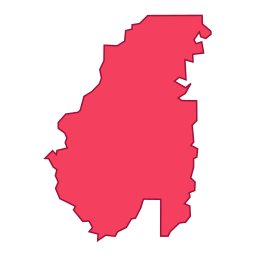 outline of Franklin, Louisiana, United States of America
{"feature_id": "52423323B94132750651187", "entity_name": "Franklin", "entity_type": "district", "adm_level": 2, "iso_a3": "USA", "parent_name": "United States of America", "parent_adm1": "Louisiana", "projection": "natural_earth1", "projection_center": [-91.666, 32.139], "detail": "fine", "context": "isolated", "style": "filled", "palette": "rose", "viewbox_px": 256, "rotation_deg": 0, "n_neighbors": 0, "source": "geoboundaries", "source_scale": "gbopen_adm2", "svg_char_len": 1216}
<svg xmlns="http://www.w3.org/2000/svg" viewBox="0 0 256 256"><path d="M59.9,198.6L75.5,206.3L73.5,209.9L82.7,221.3L89.1,221.0L92.5,227.6L89.1,231.7L98.1,234.0L97.7,240.6L105.7,235.2L115.2,236.2L117.6,231.7L126.4,227.3L131.4,218.9L135.5,218.1L140.8,207.7L143.4,199.1L160.8,199.3L160.7,236.1L168.1,236.1L170.3,231.5L179.3,223.0L185.6,222.2L190.3,216.1L189.8,206.0L184.5,203.7L190.0,197.0L189.1,192.7L194.7,190.5L195.1,182.1L190.7,177.9L193.6,167.2L193.6,158.6L196.8,157.1L197.6,148.8L190.9,145.4L193.7,142.0L192.2,125.1L196.8,120.6L196.6,100.8L181.9,100.6L178.1,97.9L185.3,93.4L190.9,83.5L185.5,87.7L174.4,81.2L179.3,77.3L186.0,79.8L184.9,59.7L193.0,62.0L192.7,54.3L203.6,53.0L201.7,41.9L196.1,43.7L193.9,39.9L199.3,31.9L200.8,36.7L205.8,38.5L211.1,34.0L210.7,31.1L202.4,24.1L202.1,15.4L147.7,15.6L139.6,23.6L132.1,24.8L132.0,29.1L125.7,30.6L124.7,41.1L117.3,45.8L104.2,45.2L104.0,60.6L99.8,69.6L101.5,78.1L99.4,83.9L91.9,91.6L84.0,96.4L80.3,110.2L78.0,112.3L65.8,114.1L58.2,122.6L58.3,128.4L64.7,132.9L66.9,137.9L65.2,142.7L67.3,148.0L57.0,150.5L56.3,154.5L52.5,150.7L44.9,158.4L48.7,158.6L53.3,167.1L56.9,169.6L55.4,175.8L58.3,182.1L55.6,188.4L59.9,198.6Z" fill="#f43f5e" stroke="#9f1239" stroke-width="1.5"/></svg>